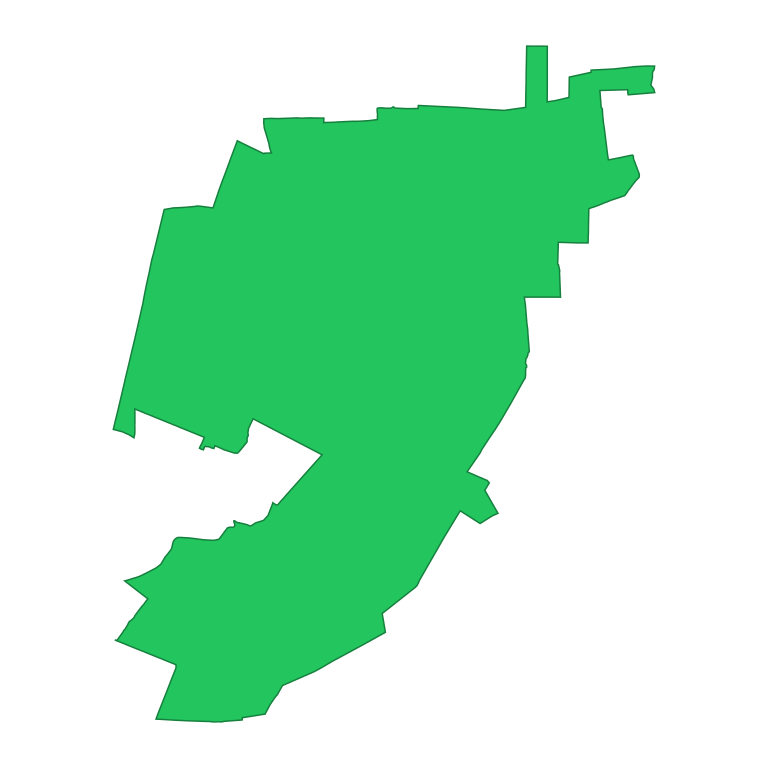 the district of Sihlea, Vrancea, Romania
{"feature_id": "2599482B87031961829785", "entity_name": "Sihlea", "entity_type": "district", "adm_level": 2, "iso_a3": "ROU", "parent_name": "Romania", "parent_adm1": "Vrancea", "projection": "robinson", "projection_center": [27.167, 45.48], "detail": "fine", "context": "isolated", "style": "filled", "palette": "green", "viewbox_px": 768, "rotation_deg": 0, "n_neighbors": 0, "source": "geoboundaries", "source_scale": "gbopen_adm2", "svg_char_len": 6079}
<svg xmlns="http://www.w3.org/2000/svg" viewBox="0 0 768 768"><path d="M354.2,649.5L359.6,646.6L374.1,638.6L385.4,632.3L382.2,613.5L415.7,587.0L416.1,586.5L417.0,585.5L418.1,583.5L418.5,582.8L419.1,581.0L444.3,537.0L460.2,510.8L480.1,523.5L492.2,515.9L498.0,513.3L492.9,504.5L486.2,492.7L484.8,490.3L486.9,486.9L489.3,482.9L487.1,480.4L483.0,478.7L477.4,476.3L467.1,471.8L480.0,453.1L482.0,449.2L489.9,437.2L495.6,428.8L500.2,421.5L504.6,414.0L510.8,403.4L519.6,387.6L523.9,380.0L525.0,378.6L525.6,375.2L525.6,370.0L526.0,367.6L526.7,367.1L526.5,365.0L525.5,363.7L525.9,359.2L526.2,358.4L526.9,357.5L527.7,355.5L528.1,353.1L529.3,351.7L528.6,342.6L528.0,334.8L527.7,329.4L527.2,325.7L526.8,322.8L526.7,321.1L525.4,305.0L524.8,300.9L524.4,297.1L541.5,297.1L557.0,297.1L560.5,297.2L559.5,271.3L559.8,271.0L558.5,264.9L557.7,264.2L558.3,242.3L577.2,242.9L588.1,242.9L588.2,237.1L588.4,232.7L588.5,225.0L588.6,219.9L588.7,215.0L588.8,210.9L588.8,208.7L591.2,207.8L594.7,206.7L596.7,206.0L605.1,202.6L607.1,201.9L609.9,200.7L611.7,200.0L613.0,199.6L614.2,199.2L616.7,198.4L621.1,196.9L622.8,196.2L624.2,195.9L624.8,195.5L625.7,194.3L627.1,192.5L627.6,191.5L628.7,189.9L629.7,188.8L631.8,185.9L632.7,184.7L633.6,183.5L635.2,181.6L635.8,180.7L638.8,177.7L639.2,177.0L639.3,176.0L639.3,175.5L639.3,174.8L639.2,174.0L638.9,173.1L638.6,172.3L638.3,171.5L637.8,170.2L637.2,168.7L636.9,167.6L636.3,166.1L636.0,165.5L634.9,162.3L634.0,160.2L633.5,158.6L633.4,157.7L633.4,156.9L633.1,155.5L632.6,155.2L632.1,155.1L627.2,156.1L619.8,157.7L608.4,159.9L607.6,154.9L606.6,146.8L604.4,129.0L603.5,123.1L602.7,115.3L602.3,108.7L601.2,107.3L599.9,90.5L627.6,89.7L627.9,93.6L628.2,94.8L654.7,92.6L654.4,91.6L654.1,90.3L653.7,89.0L652.5,87.3L651.4,86.0L651.0,85.4L651.0,84.9L651.0,84.3L651.1,83.8L651.3,82.9L651.5,82.0L651.7,81.0L652.2,78.7L652.4,77.9L652.5,76.7L652.4,75.0L652.5,73.0L652.7,72.0L653.2,71.0L653.8,70.3L654.3,68.8L654.6,66.1L653.2,66.1L646.5,66.0L635.5,66.6L613.4,69.0L591.1,70.1L591.1,72.3L569.3,77.1L569.0,97.4L555.8,100.5L550.9,101.3L547.2,101.8L547.3,86.4L547.3,50.6L547.3,46.2L526.7,46.1L526.2,71.7L526.1,81.1L525.6,107.4L504.2,110.4L482.1,109.1L460.3,107.5L418.9,105.5L418.3,105.5L418.1,108.5L415.5,108.5L412.1,108.6L406.2,108.6L404.2,108.5L401.3,108.4L397.2,108.2L395.3,108.1L394.8,107.9L394.1,107.2L393.4,106.9L393.1,106.9L392.7,107.1L391.5,108.0L390.5,108.2L388.9,108.2L385.7,108.2L382.7,107.9L379.5,107.9L377.6,108.1L377.3,108.3L377.1,108.9L377.2,111.1L377.2,112.0L377.4,113.0L377.5,114.3L377.4,117.7L377.4,119.6L371.5,120.3L369.5,120.6L363.4,121.0L357.7,121.3L355.7,121.3L352.2,121.3L347.1,121.5L341.4,121.8L337.4,122.0L334.7,122.2L330.1,122.4L326.8,122.4L323.7,122.6L323.9,118.1L314.6,118.0L310.7,117.9L305.3,118.0L301.3,118.2L298.6,118.0L296.6,117.9L289.1,118.2L280.5,118.5L278.5,118.6L271.2,118.4L266.3,118.6L263.8,118.8L263.8,120.6L263.7,122.5L263.9,124.5L264.2,126.6L264.2,127.8L264.9,130.1L266.8,136.3L268.6,142.5L269.2,145.2L269.2,145.7L269.4,146.6L270.2,149.6L270.7,151.2L271.5,153.0L266.8,153.1L264.2,153.2L263.9,153.8L256.0,149.9L248.9,146.5L239.9,142.1L237.3,140.7L237.0,141.6L231.6,156.0L225.4,172.9L222.0,181.8L219.5,188.7L213.0,207.9L199.5,206.1L196.6,206.0L196.0,206.3L187.9,207.1L180.4,207.6L176.8,207.8L173.3,207.9L170.0,208.5L164.2,209.5L153.5,253.6L151.8,259.6L150.7,265.0L149.1,272.9L147.5,279.9L146.0,286.9L144.8,293.0L143.5,299.8L142.8,304.0L141.8,308.1L136.9,329.8L133.9,342.7L130.7,356.0L129.2,362.5L127.4,370.0L125.7,376.9L124.1,384.1L122.4,391.3L117.9,410.4L114.8,423.0L113.3,429.4L122.4,431.8L128.9,434.7L134.0,437.8L134.8,433.7L134.9,429.0L134.8,425.4L134.9,422.8L134.9,412.7L134.8,409.0L204.3,437.3L202.9,440.8L202.0,443.0L201.5,444.0L200.6,445.6L199.5,447.9L199.4,448.1L200.1,448.6L201.8,449.4L203.2,449.7L203.4,449.8L204.7,446.5L207.4,446.6L209.2,446.9L210.2,447.2L211.0,447.8L213.9,448.5L214.9,445.8L218.1,447.0L224.1,449.8L234.5,453.1L237.6,453.1L238.9,451.9L246.8,442.3L247.1,441.2L247.1,438.2L247.3,437.4L248.0,436.1L248.3,435.2L247.9,433.1L248.0,431.9L248.4,430.1L248.4,428.8L250.9,423.4L253.1,418.8L322.1,454.8L285.4,496.0L283.7,498.0L281.5,500.4L278.1,504.4L277.5,504.8L276.9,505.0L276.5,505.0L275.7,504.7L272.8,502.7L272.6,503.6L272.1,505.0L270.6,508.9L268.9,513.2L268.3,514.9L267.6,515.9L263.5,520.4L262.5,520.7L261.9,520.9L259.4,521.7L256.4,522.6L255.8,522.8L254.6,523.5L252.1,525.2L250.5,525.9L250.0,526.0L249.0,525.5L247.1,524.7L243.2,523.7L238.6,522.7L237.8,522.6L236.5,522.1L235.6,521.5L234.7,520.8L234.1,520.7L233.8,520.9L233.8,521.3L234.0,522.4L234.6,523.9L234.8,524.7L234.7,525.8L234.4,526.5L233.6,527.0L232.9,527.3L232.0,527.3L231.4,527.2L230.5,527.2L229.7,527.2L229.4,527.2L229.1,527.3L228.8,527.6L228.0,527.7L227.3,528.0L226.0,529.9L224.1,532.1L224.0,532.6L222.6,534.4L219.4,538.6L218.7,539.4L217.6,539.5L217.0,539.7L215.0,540.1L213.5,540.3L212.5,540.3L204.0,539.8L202.9,539.7L196.9,538.9L189.7,538.0L184.7,537.7L180.3,537.4L177.9,537.5L177.3,537.6L176.5,538.1L175.7,538.6L174.9,539.3L174.4,539.8L173.7,540.8L173.3,541.5L173.1,542.2L172.1,546.3L171.8,547.7L171.4,548.8L171.0,549.6L168.5,552.9L164.8,557.5L162.5,561.5L160.9,564.1L160.5,564.5L156.3,567.8L147.6,572.4L139.8,576.2L137.4,577.1L125.9,580.6L124.7,580.9L137.3,590.7L147.8,598.8L144.5,603.2L143.9,604.2L143.3,604.8L141.5,606.8L138.8,610.4L135.3,615.1L134.6,616.2L134.4,616.6L134.4,617.0L134.1,617.4L133.3,618.4L132.2,619.2L131.7,619.8L130.5,620.8L129.7,621.2L129.3,621.4L129.2,621.7L129.2,622.0L128.9,622.4L128.2,623.5L127.5,625.2L124.8,629.5L123.6,630.6L123.3,631.5L117.5,639.7L116.6,640.2L114.8,640.0L175.5,664.5L175.9,664.7L176.0,665.8L176.0,667.5L175.9,668.2L175.3,669.7L172.5,676.7L166.7,691.6L157.9,713.9L156.0,719.1L160.2,719.3L168.5,719.8L175.2,720.2L187.5,720.8L197.1,721.1L204.8,721.4L209.7,721.5L213.0,721.9L213.6,721.9L214.6,721.9L217.4,721.8L219.2,721.8L221.1,721.9L222.7,721.7L224.6,721.3L225.9,721.2L240.6,720.1L242.3,719.9L242.3,717.7L253.9,715.9L265.3,714.0L265.5,713.2L270.2,704.5L272.7,700.8L274.8,697.7L275.8,696.4L277.2,694.9L282.5,685.5L314.1,671.7L319.9,668.6L332.7,661.1L354.2,649.5Z" fill="#22c55e" stroke="#15803d" stroke-width="1.5"/></svg>